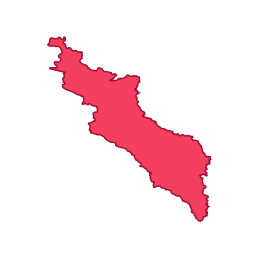 Jutaí, Amazonas, Brazil, rotated 284°
{"feature_id": "56859067B75336397853406", "entity_name": "Jutaí", "entity_type": "district", "adm_level": 2, "iso_a3": "BRA", "parent_name": "Brazil", "parent_adm1": "Amazonas", "projection": "equal_earth", "projection_center": [-67.953, -4.51], "detail": "fine", "context": "isolated", "style": "filled", "palette": "rose", "viewbox_px": 256, "rotation_deg": 284, "n_neighbors": 0, "source": "geoboundaries", "source_scale": "gbopen_adm2", "svg_char_len": 5863}
<svg xmlns="http://www.w3.org/2000/svg" viewBox="0 0 256 256"><g transform="rotate(284 128 128)"><path d="M121.7,90.2L119.8,91.3L117.1,90.9L116.6,91.2L116.2,93.1L115.4,93.2L114.9,92.5L114.4,92.9L114.6,95.3L114.1,97.2L114.5,98.2L113.9,99.9L114.8,101.8L114.3,104.7L113.3,107.5L112.5,107.9L112.2,109.0L111.5,109.5L111.1,111.4L110.1,114.2L110.1,115.4L110.6,117.2L110.4,119.6L108.0,120.5L107.9,120.8L107.5,123.6L107.5,128.7L107.1,131.2L105.6,133.1L105.4,135.2L104.3,137.8L103.8,137.5L103.4,137.7L102.9,138.5L102.8,140.1L102.3,141.1L100.6,141.7L98.8,143.7L98.6,145.0L97.7,146.2L96.8,148.9L96.2,149.7L95.3,150.0L94.3,148.9L93.8,148.9L93.7,149.6L94.1,151.3L93.9,152.3L93.1,153.8L92.4,156.2L90.8,157.4L90.4,158.7L90.2,161.4L89.8,161.7L89.2,161.8L88.9,161.5L89.2,160.2L87.8,160.2L86.5,161.4L84.9,161.6L84.6,162.4L83.2,162.7L82.7,163.3L81.8,163.7L81.9,164.2L81.6,164.8L81.8,166.4L79.5,166.2L77.6,166.8L76.8,167.5L76.7,168.2L78.0,169.3L79.5,173.2L79.4,173.7L78.8,174.0L78.1,175.3L78.4,178.8L77.7,179.0L77.2,179.5L77.7,181.1L77.7,182.9L77.1,185.2L76.9,185.5L75.9,185.5L75.3,186.3L74.4,190.2L74.0,191.0L74.0,192.6L74.4,192.8L74.5,193.7L73.6,195.9L71.8,197.9L70.4,198.6L70.7,199.5L70.2,201.0L70.5,202.1L70.4,202.9L69.7,203.9L68.8,206.2L68.1,206.5L67.5,207.4L66.7,207.5L65.6,208.6L64.7,209.0L64.4,209.6L63.0,210.4L62.6,209.7L61.8,210.0L61.4,210.7L61.4,211.7L60.8,212.7L60.8,213.6L60.2,213.4L59.0,213.8L58.5,214.7L57.2,215.4L56.6,216.9L55.3,218.6L55.1,219.5L55.1,220.8L55.8,221.2L56.3,222.1L57.9,222.8L59.9,222.4L60.3,222.9L60.4,224.3L61.8,224.6L62.0,225.9L64.1,225.5L64.5,224.3L65.1,225.5L65.6,225.4L66.2,224.0L67.3,223.2L67.5,223.2L67.9,224.4L69.6,224.2L71.4,225.3L71.7,223.9L72.8,223.5L72.9,222.2L73.8,222.6L74.0,223.3L75.1,222.2L76.8,223.0L77.6,221.5L78.4,221.3L78.9,221.7L79.4,221.6L80.2,222.5L81.0,222.2L81.4,221.6L81.5,220.5L81.5,217.7L82.4,216.5L83.6,216.0L84.7,215.7L85.2,216.2L85.7,215.9L87.0,216.1L87.8,216.4L88.8,217.7L90.2,217.6L91.0,215.2L91.5,214.6L94.5,212.7L97.2,212.9L97.9,210.4L99.1,209.3L101.4,212.2L101.1,213.8L100.5,215.3L100.6,216.0L100.8,216.1L101.4,216.0L102.4,214.9L103.2,215.5L103.4,215.3L104.5,213.6L105.1,213.3L106.1,213.7L107.0,214.5L107.6,214.5L108.7,212.8L111.1,213.6L111.3,212.9L111.8,213.0L112.8,214.8L112.6,215.5L112.8,215.8L114.5,215.8L114.9,215.2L114.8,214.5L115.0,214.2L116.4,214.7L116.9,214.6L117.0,215.7L117.6,215.8L118.6,215.0L119.9,214.9L119.9,213.4L119.3,212.6L119.6,211.4L119.5,211.1L119.2,211.1L119.2,210.7L119.9,209.7L121.8,208.4L122.2,206.8L122.6,206.9L123.0,205.9L123.6,205.9L124.3,205.2L125.1,205.2L127.2,203.9L127.8,203.9L128.3,202.9L129.8,201.4L130.0,200.2L130.8,200.1L132.1,199.2L132.4,196.7L131.9,194.5L132.4,192.8L133.5,192.1L134.7,193.2L135.4,192.6L135.2,191.5L135.3,190.0L134.9,188.2L135.1,187.5L134.0,185.3L134.7,183.5L134.7,182.3L132.9,180.4L134.5,177.5L133.2,176.9L133.6,174.4L133.2,173.6L134.5,172.3L135.0,172.5L135.5,172.0L135.5,171.6L135.0,170.7L135.4,168.8L134.9,167.4L135.9,163.5L135.7,160.6L136.0,159.6L136.7,158.8L136.7,157.6L138.6,154.5L139.2,154.3L139.4,152.7L139.9,152.6L140.4,153.6L140.8,153.3L141.1,152.1L140.9,149.9L142.6,148.1L142.4,146.8L142.7,145.1L142.3,144.2L142.7,143.3L142.5,141.4L143.1,139.3L143.6,139.1L144.2,140.3L145.0,140.4L145.1,140.8L145.5,140.3L146.8,140.5L147.2,140.0L147.7,137.8L148.7,136.1L150.4,134.8L152.4,132.1L153.4,131.3L154.5,130.9L155.4,131.7L156.0,131.7L157.2,129.6L159.6,129.4L160.3,128.2L161.3,127.8L162.7,128.3L164.4,130.1L164.3,129.4L164.6,129.1L164.5,128.6L165.3,128.3L165.6,128.8L166.1,127.9L166.4,127.9L166.5,127.3L166.8,127.1L166.4,126.6L166.7,126.4L167.0,126.6L167.3,125.2L168.2,125.8L168.5,126.4L169.2,126.7L169.5,126.5L170.5,126.9L170.6,126.6L171.4,126.9L171.6,127.2L172.7,126.8L174.6,127.0L174.9,127.3L174.9,127.8L175.4,128.2L180.0,126.7L180.0,125.4L180.5,123.8L180.2,122.6L180.3,122.0L179.8,120.5L179.3,120.1L178.8,117.7L178.9,116.5L179.4,115.1L178.7,114.2L177.8,114.0L177.3,113.3L176.6,113.2L175.0,111.2L174.9,110.6L174.5,110.5L174.5,109.7L174.1,109.3L174.3,108.7L174.0,108.5L174.0,107.4L173.6,106.7L171.9,106.0L170.7,103.8L170.3,101.6L169.7,100.9L170.1,100.1L170.2,99.1L170.6,99.4L172.0,101.6L175.1,103.1L176.3,104.1L177.1,103.5L177.3,102.5L177.1,101.5L176.2,99.6L176.7,98.2L177.6,98.3L177.6,97.9L177.4,93.1L176.9,91.3L177.5,90.1L178.6,88.9L179.2,87.5L179.6,85.3L178.4,84.2L176.6,84.0L175.6,83.1L175.4,77.8L175.8,76.8L176.8,75.9L176.7,74.8L176.9,74.1L177.7,73.8L178.6,72.7L178.8,71.5L178.7,70.0L179.8,66.3L180.6,65.5L181.5,65.0L183.3,65.3L184.3,66.5L185.6,65.8L187.0,66.2L189.3,64.9L189.4,65.3L190.3,65.2L190.5,64.1L189.6,61.2L190.6,58.8L190.3,57.8L189.5,56.2L190.2,54.1L191.4,53.3L191.7,52.0L191.5,51.1L190.4,49.7L190.5,48.9L194.0,46.9L194.7,44.9L195.2,44.4L196.6,44.6L197.3,45.7L198.1,45.2L198.7,45.9L200.5,45.1L200.9,44.6L200.8,44.0L199.0,43.8L197.9,42.5L198.0,41.8L199.2,40.5L199.3,38.7L198.0,38.4L197.2,37.0L196.9,35.6L197.0,32.7L196.8,31.7L195.4,30.7L191.7,31.2L189.8,30.1L188.8,30.7L188.6,32.2L189.8,36.6L189.6,38.3L190.3,40.2L190.1,41.8L188.9,43.5L185.3,46.0L184.7,45.8L183.4,44.3L181.0,43.2L180.1,43.7L179.2,45.7L178.6,46.3L177.4,46.3L175.8,45.7L174.9,44.6L175.2,42.5L175.0,41.7L174.5,41.0L173.8,40.7L172.1,41.5L171.0,44.1L169.5,44.4L168.5,42.3L167.9,38.5L167.3,37.8L166.7,37.8L166.7,53.4L166.2,53.4L165.0,52.3L164.6,53.2L163.5,53.2L162.1,53.8L161.6,53.8L160.8,52.7L160.0,53.1L159.5,53.0L157.7,54.1L157.0,53.9L157.0,54.9L155.9,56.1L154.0,54.0L152.4,54.4L151.3,55.7L150.5,58.6L149.7,65.1L148.3,70.5L148.2,72.6L148.4,73.8L147.5,75.2L147.8,76.3L147.6,76.6L147.0,77.4L146.2,77.4L145.5,78.2L144.3,78.5L140.9,77.7L140.1,78.0L140.2,78.8L141.6,80.5L140.9,82.8L141.0,83.7L142.1,84.4L142.3,85.0L141.3,87.3L141.2,92.9L139.4,93.3L138.9,93.9L136.3,94.1L135.8,93.7L135.3,91.9L133.8,90.6L132.8,91.2L132.1,91.2L131.1,92.1L129.4,92.0L128.6,94.0L127.3,94.3L126.7,93.2L125.2,92.0L123.1,88.7L122.3,88.8L121.7,90.2Z" fill="#f43f5e" stroke="#9f1239" stroke-width="1.5"/></g></svg>